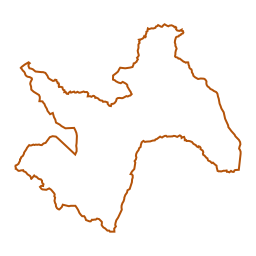 outline of Silvânia, Goiás, Brazil
{"feature_id": "56859067B36002968340064", "entity_name": "Silvânia", "entity_type": "district", "adm_level": 2, "iso_a3": "BRA", "parent_name": "Brazil", "parent_adm1": "Goiás", "projection": "mercator", "projection_center": [-48.581, -16.605], "detail": "fine", "context": "isolated", "style": "outline", "palette": "amber", "viewbox_px": 256, "rotation_deg": 0, "n_neighbors": 0, "source": "geoboundaries", "source_scale": "gbopen_adm2", "svg_char_len": 5698}
<svg xmlns="http://www.w3.org/2000/svg" viewBox="0 0 256 256"><path d="M139.0,39.7L139.7,40.7L139.1,41.7L139.6,42.9L138.8,43.8L138.4,44.7L138.5,47.9L137.7,50.7L138.0,52.4L138.8,55.2L138.3,56.4L137.0,57.8L137.9,59.4L137.0,60.6L136.6,61.7L135.6,62.4L134.8,63.2L133.7,63.4L133.4,64.9L132.5,67.0L130.0,67.6L125.2,68.3L120.2,67.7L119.3,69.0L118.0,71.6L115.9,73.4L113.1,75.5L113.0,79.6L114.9,80.3L115.8,81.2L118.5,82.6L120.8,83.2L122.7,81.9L124.8,83.0L126.5,84.1L127.3,85.1L127.3,86.4L129.7,90.5L130.7,91.9L131.0,93.0L131.7,94.1L130.4,95.5L129.5,95.6L127.8,96.5L126.4,96.1L123.1,97.9L122.1,98.2L119.4,97.9L117.8,98.1L116.7,98.8L116.0,101.2L114.6,103.0L113.5,103.7L111.5,104.0L110.9,106.1L109.3,105.8L107.7,103.9L107.6,102.4L105.2,101.6L103.0,101.8L102.4,100.7L100.5,100.4L99.4,99.9L98.3,98.6L96.3,97.6L95.3,97.9L95.0,96.9L94.3,96.1L93.2,95.8L91.4,96.8L90.1,96.2L87.7,96.4L88.3,93.5L87.0,92.0L84.7,92.1L83.7,91.5L80.3,92.6L79.1,92.7L77.5,91.8L76.0,92.6L74.8,92.5L74.1,91.6L71.0,92.6L70.2,91.6L68.4,93.0L68.2,93.9L66.9,93.8L66.2,93.1L65.7,92.0L64.4,92.1L64.7,91.2L64.4,90.2L63.5,90.1L62.8,89.2L62.4,87.3L60.7,86.8L59.0,87.0L58.7,86.1L59.0,84.7L58.7,83.4L57.7,83.3L57.6,82.2L56.6,81.4L56.4,80.0L55.1,79.7L54.0,80.8L52.9,80.9L49.3,78.8L48.3,77.9L47.5,75.9L45.4,72.9L43.0,72.1L41.2,72.1L35.5,71.5L32.7,69.2L31.0,68.6L29.4,68.3L28.5,66.2L28.5,64.9L28.8,64.0L29.7,63.2L28.6,62.3L24.7,64.6L21.7,66.9L20.8,67.9L22.1,69.4L22.7,70.5L24.1,71.7L25.0,73.3L25.3,74.6L26.0,75.6L26.8,76.3L27.9,76.8L29.7,77.1L31.7,78.2L32.0,79.2L30.5,82.2L30.2,83.9L31.1,86.6L31.3,89.6L33.6,91.7L39.0,95.0L39.8,96.9L39.8,98.8L39.4,101.2L42.5,101.4L43.2,102.6L44.4,103.9L45.4,106.4L46.8,108.7L47.5,110.8L50.1,114.2L52.8,113.0L54.0,117.2L55.3,119.6L56.0,122.6L59.6,124.5L61.5,126.1L65.4,128.3L74.1,127.9L75.2,130.0L76.4,133.0L76.9,135.9L76.6,143.0L76.2,145.8L76.6,148.4L76.6,151.3L75.2,154.5L57.9,138.3L55.9,136.6L52.6,136.2L49.8,137.2L45.6,142.9L43.5,143.5L41.8,145.1L40.2,145.0L39.1,144.5L37.2,144.8L35.8,144.6L34.4,145.0L33.3,144.6L31.4,145.4L30.0,145.5L29.2,145.1L27.1,147.7L26.2,149.5L24.1,152.6L24.0,153.6L22.9,155.8L21.1,157.3L20.8,158.6L20.0,159.3L20.0,160.8L18.9,162.8L18.5,163.8L16.7,165.1L15.6,165.5L15.4,166.7L15.9,167.9L15.7,168.8L16.6,169.2L18.4,170.8L19.8,170.8L20.9,170.4L23.2,170.2L23.5,171.2L25.7,172.1L27.6,174.4L30.0,175.9L31.2,177.9L30.9,179.4L34.2,175.5L35.4,176.7L36.4,176.7L38.4,178.7L39.7,179.2L40.8,179.3L42.0,180.7L42.0,182.0L42.5,183.3L43.5,184.2L43.2,185.0L43.1,186.0L41.3,185.8L40.0,186.9L41.4,188.8L42.4,189.4L46.3,189.8L49.2,188.4L51.1,189.7L52.4,191.2L54.3,193.5L54.7,194.5L54.3,196.3L55.1,197.5L54.5,200.8L55.1,203.0L55.8,204.2L56.0,206.4L57.0,208.2L58.5,209.3L59.4,209.4L61.8,207.0L62.8,204.7L68.9,206.2L70.8,205.8L75.4,205.8L77.0,208.1L78.3,210.3L79.4,212.9L80.9,214.9L82.2,216.2L84.2,216.2L85.2,217.7L86.0,220.0L89.3,221.3L90.7,221.3L92.0,219.7L92.9,219.9L94.2,219.6L95.7,219.6L97.0,218.6L99.1,219.1L101.8,221.8L101.9,223.2L101.6,224.9L102.4,226.2L103.5,227.5L105.0,228.3L107.4,230.6L109.2,230.6L110.0,231.7L114.4,231.7L114.2,228.6L115.9,226.4L115.2,225.0L115.5,223.1L116.3,220.3L118.1,217.6L121.8,209.7L121.5,207.4L121.6,205.6L122.4,203.2L123.5,201.4L124.3,198.8L124.3,197.7L125.3,195.0L127.0,192.6L127.5,190.3L129.7,189.0L131.9,182.2L132.1,179.4L132.7,177.7L132.7,175.4L131.9,174.4L130.6,174.1L131.4,172.5L132.2,171.3L134.3,169.0L135.3,162.6L134.6,161.1L135.9,159.4L136.4,157.3L135.9,156.0L136.2,154.0L137.0,152.2L138.6,150.0L139.2,148.1L140.6,147.0L140.9,144.8L141.7,142.3L143.4,140.9L144.9,141.9L146.6,141.6L150.2,141.4L152.6,140.6L154.8,140.4L155.5,139.4L156.7,139.1L160.1,136.6L161.1,137.2L162.1,137.5L163.2,136.7L164.9,135.9L166.1,135.8L167.1,136.7L168.4,136.5L172.4,136.4L173.6,135.9L175.0,136.0L177.2,136.9L179.8,135.4L180.7,135.8L181.4,136.8L181.6,137.9L182.9,137.1L184.1,136.9L184.8,138.8L184.8,140.2L186.1,140.1L186.5,141.0L188.6,140.9L190.0,141.2L192.0,142.0L193.4,143.8L195.9,145.2L196.7,146.4L198.2,147.2L198.6,146.3L199.8,146.7L200.6,147.7L200.5,149.1L202.7,150.6L203.3,152.2L202.9,153.7L203.2,154.8L204.4,155.5L206.5,157.9L207.4,158.3L207.7,159.5L208.1,160.4L209.1,161.0L210.4,161.5L211.0,162.3L212.0,163.1L212.9,162.6L215.3,164.8L216.5,165.6L216.7,167.4L217.6,170.9L218.9,171.4L220.0,171.2L221.0,171.5L223.8,170.7L224.9,170.8L226.6,170.5L226.9,171.8L227.9,171.8L229.4,172.3L231.0,170.9L232.2,171.8L233.7,171.9L234.6,170.3L235.6,170.0L238.8,169.8L240.6,153.8L240.6,151.7L239.9,149.8L239.1,148.7L239.5,146.8L240.4,144.3L240.1,142.1L238.9,139.9L235.4,136.3L234.6,134.7L231.2,130.9L230.0,129.2L228.4,127.2L228.1,125.3L225.1,118.7L223.7,112.3L221.4,108.5L220.6,106.1L219.6,103.7L218.7,98.6L218.0,96.6L217.5,94.0L217.0,93.0L216.1,92.0L213.7,90.9L212.5,89.9L211.3,89.4L210.1,88.7L209.2,87.5L207.6,86.4L206.6,84.7L206.3,83.0L206.5,81.8L206.2,80.8L205.0,79.3L203.9,78.7L202.4,78.6L200.6,78.5L198.1,79.0L195.1,77.3L193.4,75.8L193.0,74.1L191.9,72.3L191.8,70.7L191.4,69.4L190.1,68.6L189.3,67.5L189.2,66.1L188.6,64.8L188.2,62.4L186.7,62.3L185.8,62.7L184.5,61.9L183.6,61.7L179.7,58.6L178.4,58.6L177.6,57.6L175.6,57.1L175.0,56.2L175.4,54.3L175.4,52.7L175.9,50.3L176.6,48.8L176.1,47.2L175.4,45.9L175.4,44.3L174.8,42.4L175.1,40.2L176.0,37.3L177.0,36.7L178.6,36.4L179.1,35.5L180.6,35.0L181.4,33.9L182.8,33.5L183.4,32.6L182.9,31.0L181.5,30.8L181.6,29.7L179.4,30.9L177.2,30.5L176.1,29.3L176.3,27.8L175.6,26.9L174.5,27.3L173.8,26.3L171.6,25.3L169.5,25.6L168.3,26.3L166.6,25.5L164.6,24.3L163.6,25.0L162.0,26.8L161.1,26.7L158.1,25.1L157.4,26.0L155.9,26.6L155.4,27.8L154.2,28.2L153.2,28.5L151.6,28.3L149.0,29.1L147.9,28.4L147.6,29.5L147.5,31.1L146.4,31.7L146.4,33.0L145.5,35.3L145.8,36.7L145.1,37.3L144.1,36.4L143.7,37.4L142.9,38.4L141.4,39.2L139.0,39.7Z" fill="none" stroke="#b45309" stroke-width="2"/></svg>